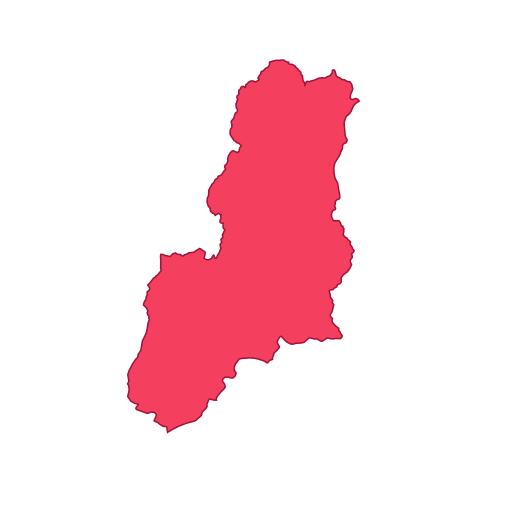 outline of Muong Lat, Thanh Hóa, Vietnam, rotated 129°
{"feature_id": "81297802B72565329345275", "entity_name": "Muong Lat", "entity_type": "district", "adm_level": 2, "iso_a3": "VNM", "parent_name": "Vietnam", "parent_adm1": "Thanh Hóa", "projection": "mercator", "projection_center": [104.609, 20.511], "detail": "fine", "context": "isolated", "style": "filled", "palette": "rose", "viewbox_px": 512, "rotation_deg": 129, "n_neighbors": 0, "source": "geoboundaries", "source_scale": "gbopen_adm2", "svg_char_len": 6098}
<svg xmlns="http://www.w3.org/2000/svg" viewBox="0 0 512 512"><g transform="rotate(129 256 256)"><path d="M392.9,196.0L392.4,196.9L390.7,197.5L388.6,197.7L384.6,197.8L378.5,197.2L377.0,197.5L375.2,200.1L374.6,202.6L374.0,203.5L372.9,204.2L370.0,204.0L369.3,203.4L367.6,201.3L366.8,199.2L365.4,197.2L362.6,196.6L359.4,197.8L358.7,200.1L356.9,202.6L353.1,203.9L346.8,204.3L344.8,202.8L339.3,197.0L336.5,193.0L334.6,189.3L333.1,185.4L332.6,184.1L332.2,180.6L331.7,179.7L328.7,179.8L326.0,178.1L324.1,179.5L322.0,180.0L320.2,180.9L315.7,180.3L312.3,180.3L311.8,180.6L310.0,185.0L307.8,186.1L303.3,186.6L302.8,186.2L302.6,185.3L303.4,180.1L303.4,177.5L302.6,173.8L301.2,171.7L298.8,170.1L294.9,165.9L292.9,164.3L286.3,163.2L285.6,162.6L283.6,158.0L282.1,156.8L281.5,152.3L280.2,150.6L278.4,150.3L277.1,149.7L275.5,149.5L274.4,148.3L273.4,146.1L271.5,143.4L270.3,142.6L266.9,138.2L264.6,138.3L263.6,139.0L262.8,141.8L262.0,143.2L262.0,144.7L260.2,146.1L260.2,150.5L259.6,154.4L258.6,156.1L256.3,157.3L256.3,159.3L255.9,160.5L254.4,161.5L252.1,161.7L250.9,162.1L244.9,164.9L244.3,167.1L243.7,167.7L242.6,168.1L241.6,170.4L241.4,171.6L240.9,172.5L239.6,173.6L238.4,175.6L236.9,177.1L236.3,177.1L235.1,176.5L233.7,175.0L231.8,175.0L229.5,173.9L227.2,174.5L226.1,174.2L225.0,173.5L223.9,173.3L222.4,173.5L219.6,175.9L218.4,176.2L215.4,176.3L214.3,176.1L213.5,175.6L212.1,175.6L210.7,174.9L209.3,175.3L207.6,175.1L202.5,176.3L201.5,178.6L200.5,179.7L199.6,180.2L197.4,180.2L196.1,180.5L194.0,183.1L191.6,182.6L190.1,183.1L189.5,185.6L188.8,186.5L187.5,190.5L185.8,191.2L185.5,191.7L185.4,195.0L184.8,196.6L185.3,198.6L184.7,201.3L184.4,201.8L181.6,203.2L180.6,204.5L179.6,204.5L179.2,206.3L178.2,207.2L178.8,208.0L178.8,208.6L177.5,210.6L176.4,213.2L176.4,213.8L177.4,215.2L179.8,217.8L179.8,218.2L178.4,221.3L177.3,222.6L175.5,224.0L172.5,224.8L171.9,224.7L170.1,223.7L169.5,223.8L168.9,224.1L167.5,226.4L165.6,227.2L164.0,228.5L161.5,228.6L159.5,227.4L158.1,227.5L156.5,228.7L151.9,234.1L148.0,238.4L145.8,243.5L144.4,245.3L141.8,248.1L138.0,251.4L133.9,253.3L125.3,254.4L119.9,256.1L118.6,256.2L114.9,258.6L113.9,258.5L111.3,257.3L109.2,257.7L108.0,258.7L107.4,260.6L106.3,262.5L97.6,270.8L96.6,271.6L91.4,273.6L90.5,273.7L87.4,273.0L85.4,272.9L83.8,273.1L78.2,274.7L74.7,274.6L70.6,273.2L70.2,275.5L70.5,277.1L71.0,277.8L72.0,278.5L73.7,279.3L74.3,281.3L74.1,282.1L72.5,283.4L69.8,284.5L67.0,285.2L65.2,286.0L62.5,289.4L61.5,292.1L61.7,292.8L63.0,295.3L63.3,297.9L64.7,300.2L64.9,303.3L65.4,304.6L65.5,305.8L65.5,306.8L65.2,307.4L63.2,310.0L62.1,312.0L62.6,313.0L63.5,313.5L65.9,312.0L69.5,312.0L71.7,313.5L73.9,314.2L74.8,314.9L75.7,316.7L78.3,319.1L82.2,321.1L85.6,323.5L86.8,324.1L88.1,326.2L88.9,326.5L92.3,325.6L90.6,327.8L90.6,328.8L90.3,329.6L87.5,332.5L86.6,333.6L86.6,335.2L84.9,336.9L84.8,340.2L84.3,341.3L84.2,344.1L83.7,345.7L84.5,348.9L85.3,349.7L86.2,351.9L84.8,352.5L85.6,353.9L86.2,355.7L86.2,357.5L87.3,359.1L89.7,361.5L91.2,363.5L96.5,367.4L97.5,367.2L98.6,366.0L101.4,365.4L104.4,366.7L108.0,366.9L108.6,367.7L109.7,367.9L111.8,366.8L113.5,367.0L116.5,366.5L116.9,364.6L118.4,364.9L120.6,365.7L121.2,366.2L122.0,368.9L123.6,370.4L125.9,371.2L127.4,371.2L129.4,371.7L130.7,370.6L131.9,370.4L132.1,371.0L131.8,371.9L132.0,372.5L133.2,373.7L133.6,373.8L134.8,373.7L136.1,373.2L138.1,373.6L141.1,371.3L141.8,371.1L143.1,371.4L143.9,371.3L145.1,370.3L145.9,368.7L147.9,368.2L148.9,367.5L150.0,367.5L150.7,367.1L153.2,364.6L153.7,362.8L155.2,361.6L156.3,361.4L158.1,362.0L162.9,360.0L166.8,360.0L167.9,359.2L168.6,357.9L170.4,356.3L171.3,355.8L173.8,355.5L176.5,353.8L178.0,352.3L180.0,346.1L179.8,343.8L180.1,342.2L179.0,339.9L179.4,338.5L179.5,336.8L182.3,336.7L185.1,335.2L186.8,335.2L187.5,336.2L188.3,339.5L188.6,339.9L189.6,340.7L192.3,341.0L193.4,340.6L195.2,340.6L198.5,339.1L199.2,338.2L201.3,337.1L203.2,336.7L205.2,337.2L207.0,335.9L207.4,334.6L207.9,334.3L210.8,334.3L214.8,333.9L217.9,335.6L219.2,335.0L220.2,335.0L222.0,335.8L225.7,334.9L227.2,335.4L228.1,335.4L230.8,334.7L231.5,334.9L232.2,334.4L234.4,334.2L239.5,330.5L240.8,330.6L242.5,329.7L244.2,328.6L245.5,327.2L247.3,324.5L247.9,321.3L249.0,320.7L249.9,319.2L249.9,317.4L250.1,316.7L249.6,315.8L249.5,314.9L250.2,313.3L246.6,312.2L246.4,311.7L246.3,310.1L245.6,309.1L246.9,308.8L248.4,307.2L251.3,306.2L252.5,304.9L252.2,303.6L251.3,302.2L252.7,300.9L254.2,300.0L255.1,298.3L254.9,297.0L255.6,296.6L260.7,295.4L261.6,294.2L262.7,293.7L263.1,293.3L264.3,293.8L265.3,293.6L267.0,291.3L269.5,291.2L270.0,290.8L272.4,288.0L274.4,287.5L276.1,286.8L280.4,286.2L281.9,285.5L283.0,285.7L283.4,286.4L281.9,289.3L282.0,289.7L284.7,289.4L285.9,289.0L288.7,290.5L289.7,291.6L290.5,294.1L290.4,295.0L288.2,295.9L285.3,297.6L285.0,298.2L284.9,299.1L285.3,301.5L285.3,303.5L285.9,304.8L287.3,305.0L288.7,305.7L292.3,306.7L295.8,310.3L297.6,310.7L300.0,312.3L302.2,312.8L302.5,315.9L304.1,318.2L304.3,320.6L306.6,322.1L309.8,322.3L310.6,322.8L312.8,327.0L313.4,329.4L314.7,331.0L316.6,329.9L319.4,327.1L324.7,323.1L325.9,322.0L326.8,320.5L332.9,320.6L334.5,321.2L335.5,321.0L337.9,321.7L343.3,321.5L346.7,321.9L347.4,319.4L347.9,318.3L348.4,317.9L349.8,317.5L352.4,318.0L354.8,316.1L356.6,315.7L359.2,314.3L361.5,314.0L363.8,313.3L365.0,312.5L365.1,310.2L365.5,308.0L366.2,306.7L366.4,305.8L366.8,305.4L368.4,305.0L369.8,303.2L370.2,301.2L371.9,300.1L372.3,299.1L372.9,298.7L375.7,297.9L383.0,293.7L386.3,292.5L393.8,290.7L401.8,286.1L406.6,285.7L408.0,284.8L409.7,284.2L412.1,284.5L417.7,284.0L425.2,282.4L429.0,280.9L433.1,276.3L434.3,275.7L436.2,275.4L436.6,273.8L439.0,271.1L440.6,269.9L445.9,267.3L447.6,261.9L446.9,257.5L445.2,254.2L445.5,254.0L449.2,253.8L450.2,253.3L450.5,252.3L446.9,241.8L445.5,240.4L443.7,239.8L441.5,236.5L441.5,236.0L442.0,233.6L444.0,232.6L447.6,231.8L448.2,231.4L448.0,229.9L447.3,228.4L447.3,224.9L446.8,220.8L445.3,218.9L445.1,217.7L448.7,213.7L444.3,212.2L437.0,209.0L430.3,205.2L423.1,200.0L421.6,199.3L414.4,198.1L411.9,199.3L410.7,199.6L406.2,199.0L403.9,199.2L402.1,200.9L397.4,202.2L396.6,202.2L396.1,201.8L394.3,197.6L392.9,196.0Z" fill="#f43f5e" stroke="#9f1239" stroke-width="1.5"/></g></svg>